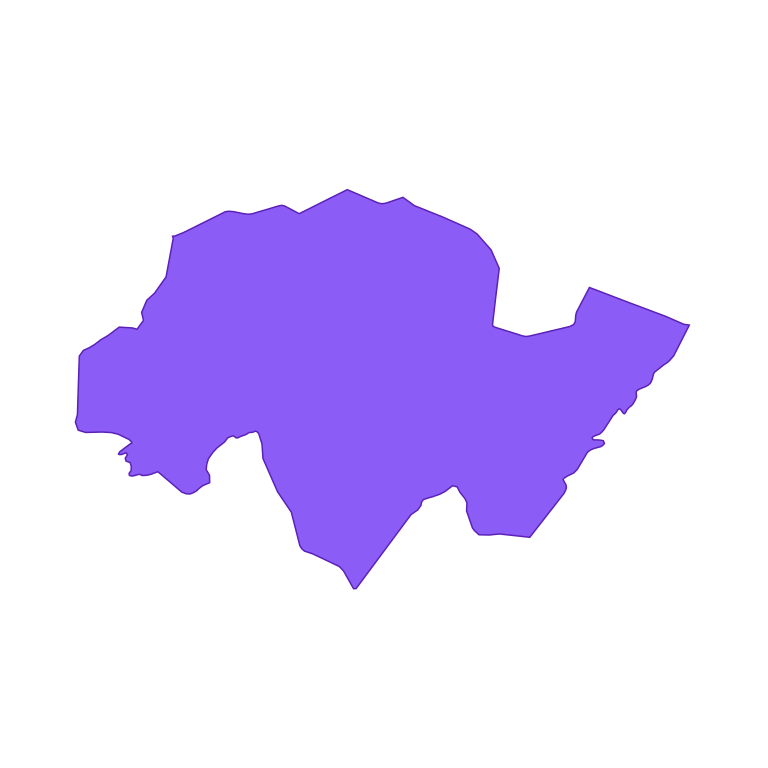 the border of Jämtland, rotated 81°
{"feature_id": "SWE-189", "entity_name": "Jämtland", "entity_type": "County", "adm_level": 1, "iso_a3": "SWE", "parent_name": "Sweden", "parent_adm1": "", "projection": "orthographic", "projection_center": [14.766, 63.349], "detail": "fine", "context": "isolated", "style": "filled", "palette": "violet", "viewbox_px": 768, "rotation_deg": 81, "n_neighbors": 0, "source": "natural_earth", "source_scale": "10m", "svg_char_len": 2874}
<svg xmlns="http://www.w3.org/2000/svg" viewBox="0 0 768 768"><g transform="rotate(81 384 384)"><path d="M373.5,73.4L373.6,73.2L374.1,73.6L401.4,93.4L405.5,98.3L406.8,100.3L408.0,102.6L408.8,104.6L414.6,114.8L415.5,115.7L416.8,116.5L420.6,118.0L423.5,119.7L424.9,120.9L426.4,123.1L427.4,125.8L428.9,132.3L430.0,134.9L430.7,135.8L431.6,136.2L436.0,136.5L438.9,138.2L442.2,140.8L443.5,142.2L444.5,143.7L445.1,145.1L447.6,148.2L449.4,149.4L450.8,150.8L451.0,151.3L450.5,152.1L445.9,154.5L445.3,155.9L446.3,157.3L448.1,158.8L449.4,160.3L450.8,162.6L463.5,173.9L465.6,176.4L466.7,178.1L467.1,178.8L467.4,179.8L467.9,182.8L468.8,186.0L469.3,186.7L470.0,186.8L471.9,185.9L472.8,181.0L473.3,179.1L474.3,176.2L477.3,175.6L478.9,177.6L479.8,179.7L480.5,186.6L481.5,190.5L483.3,193.8L498.5,206.4L501.5,210.4L503.6,217.3L505.2,220.9L506.4,222.1L511.8,220.1L514.7,220.0L517.0,221.0L520.1,223.2L558.2,264.0L550.2,293.4L549.6,303.7L547.8,313.7L542.9,317.7L539.8,319.2L522.3,322.3L514.5,320.7L510.0,321.9L502.9,325.9L497.1,327.8L495.2,332.1L499.7,340.5L501.5,345.8L503.0,353.9L503.4,357.8L504.3,363.2L506.6,365.4L509.7,366.5L513.6,370.3L517.2,377.7L581.7,443.6L581.4,446.1L562.3,453.2L557.2,456.8L540.5,481.2L536.7,488.6L533.7,491.1L530.5,492.4L496.0,495.6L473.8,506.0L438.6,515.2L424.1,513.9L413.4,515.5L411.2,517.0L410.4,518.5L410.8,519.7L411.0,520.7L411.1,521.8L411.1,522.9L410.9,523.9L410.9,524.7L411.1,525.5L412.0,527.4L412.4,528.6L413.3,533.5L414.2,536.5L414.3,537.7L413.8,538.9L412.3,540.0L411.5,541.4L412.6,546.6L416.3,550.5L421.2,559.2L424.8,563.7L430.2,569.0L435.2,571.5L440.7,573.0L446.9,570.6L454.2,571.6L456.0,578.8L458.3,583.1L460.2,585.8L461.4,588.9L462.3,592.9L461.5,596.5L459.2,600.6L436.0,620.4L435.3,621.3L436.7,628.3L437.0,631.4L436.9,634.4L436.5,637.4L435.3,638.7L435.0,640.0L435.0,641.5L435.4,644.1L435.5,647.5L434.4,649.8L432.3,649.7L429.9,647.3L425.6,646.5L421.8,647.1L419.9,650.8L416.9,651.2L413.7,648.4L411.6,649.5L412.6,654.2L412.3,656.5L411.7,657.2L410.5,656.4L409.4,655.3L403.5,644.1L403.0,642.4L401.4,642.6L398.9,644.5L392.0,654.4L389.3,661.0L387.3,670.1L385.2,686.2L381.8,693.2L373.5,694.8L366.3,691.6L308.8,680.6L303.8,675.7L302.0,669.3L299.8,663.8L295.9,656.6L293.0,649.1L286.4,636.6L289.3,623.6L291.3,619.4L283.5,611.6L275.4,612.2L264.2,605.2L258.4,596.4L244.1,582.5L207.2,569.4L205.0,569.7L205.1,567.2L203.1,558.5L202.6,556.9L189.0,513.7L189.1,510.2L190.3,505.4L193.5,496.9L195.0,492.1L195.3,488.0L191.7,460.9L191.5,457.3L192.5,454.5L202.5,441.1L191.0,404.9L186.3,389.9L204.3,361.4L205.6,358.0L205.7,354.1L202.6,336.1L212.6,326.1L228.3,299.8L244.7,274.5L250.5,268.5L268.4,257.2L287.9,252.1L314.8,259.8L341.9,267.4L343.8,267.4L345.2,265.7L358.2,239.5L359.3,236.3L359.4,233.1L356.3,191.6L354.9,187.3L352.2,185.3L346.2,183.9L343.1,182.6L320.8,166.0L341.3,130.4L361.5,94.8L371.9,78.6L373.5,73.4Z" fill="#8b5cf6" stroke="#5b21b6" stroke-width="1.5"/></g></svg>